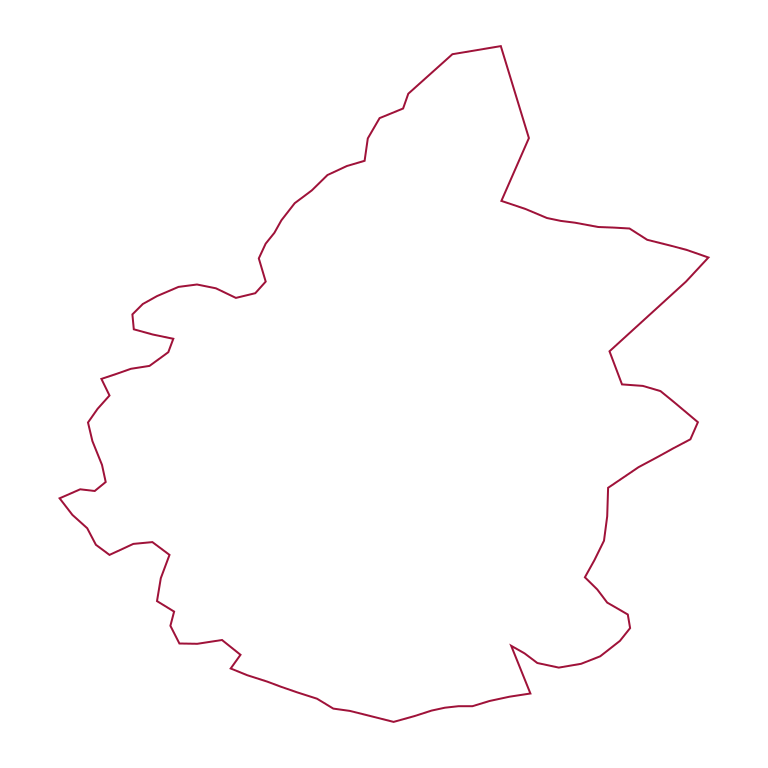 Alcântaras, Ceará, Brazil
{"feature_id": "56859067B37073586191016", "entity_name": "Alcântaras", "entity_type": "district", "adm_level": 2, "iso_a3": "BRA", "parent_name": "Brazil", "parent_adm1": "Ceará", "projection": "orthographic", "projection_center": [-40.547, -3.584], "detail": "fine", "context": "isolated", "style": "outline", "palette": "rose", "viewbox_px": 768, "rotation_deg": 0, "n_neighbors": 0, "source": "geoboundaries", "source_scale": "gbopen_adm2", "svg_char_len": 1495}
<svg xmlns="http://www.w3.org/2000/svg" viewBox="0 0 768 768"><path d="M627.8,614.5L607.2,602.6L597.3,589.5L584.9,577.3L594.4,560.2L604.0,540.7L607.2,516.3L608.1,487.8L638.5,467.2L658.5,456.5L673.3,448.3L690.4,439.3L697.9,422.2L674.1,402.2L660.5,391.1L642.8,385.9L622.0,384.4L609.5,351.3L686.0,281.6L708.4,257.5L686.9,250.0L670.4,245.6L647.2,239.8L629.5,228.5L613.9,227.6L598.2,227.0L575.0,222.7L560.8,220.9L546.9,218.0L525.5,209.0L501.4,200.9L528.9,138.1L500.8,46.1L452.4,54.2L408.3,93.7L403.1,108.5L379.6,118.1L367.8,138.4L364.6,160.8L346.9,166.0L327.5,175.0L311.8,190.4L294.7,203.2L281.4,220.3L274.4,232.8L265.7,243.6L258.8,258.4L265.7,281.6L255.3,293.2L235.9,297.9L215.9,288.3L197.0,284.5L178.5,286.9L157.0,296.1L142.8,304.0L132.4,314.4L133.8,329.3L152.7,334.5L173.3,338.8L168.3,352.2L149.5,365.9L130.9,368.8L117.0,373.7L101.4,378.9L109.5,395.5L97.6,408.8L88.0,422.5L92.4,441.1L102.0,464.9L105.7,482.0L94.7,491.0L80.2,489.3L59.6,498.3L72.4,514.9L87.2,528.2L95.9,544.8L109.5,554.9L133.3,543.9L152.4,542.1L169.5,554.9L160.8,578.2L157.0,601.1L174.1,611.6L170.4,625.8L179.4,643.5L197.3,643.8L222.0,640.0L240.5,654.8L230.7,668.5L247.2,675.2L267.2,681.6L281.1,686.8L297.0,692.3L317.0,698.7L333.3,708.6L349.8,710.9L373.0,716.7L393.6,721.9L414.4,716.1L431.5,710.6L444.9,707.7L458.5,706.2L472.4,706.2L489.5,701.0L509.5,696.7L530.4,693.5L511.2,645.8L524.6,653.4L537.3,663.0L558.8,667.6L581.1,663.8L600.2,656.3L619.9,640.9L630.1,628.1L627.8,614.5Z" fill="none" stroke="#9f1239" stroke-width="2"/></svg>